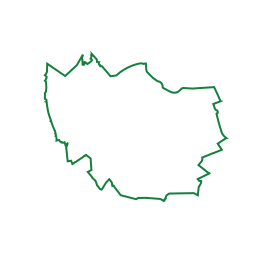 Almelo, Overijssel, Netherlands (orthographic projection), rotated 108°
{"feature_id": "6326949B33573744184458", "entity_name": "Almelo", "entity_type": "district", "adm_level": 2, "iso_a3": "NLD", "parent_name": "Netherlands", "parent_adm1": "Overijssel", "projection": "orthographic", "projection_center": [6.653, 52.345], "detail": "fine", "context": "isolated", "style": "outline", "palette": "green", "viewbox_px": 256, "rotation_deg": 108, "n_neighbors": 0, "source": "geoboundaries", "source_scale": "gbopen_adm2", "svg_char_len": 5258}
<svg xmlns="http://www.w3.org/2000/svg" viewBox="0 0 256 256"><g transform="rotate(108 128 128)"><path d="M91.8,224.7L95.5,223.6L99.7,222.4L102.2,222.8L102.4,222.8L103.4,223.4L104.5,221.2L105.6,220.9L106.1,221.2L107.7,221.1L108.7,221.6L109.4,220.2L115.0,218.1L118.7,217.3L118.9,217.2L120.4,217.8L125.9,216.1L126.5,214.2L127.9,213.7L128.2,213.6L128.5,213.4L128.6,213.6L128.7,213.3L129.5,213.0L129.8,212.8L132.2,211.7L133.6,210.9L135.0,210.2L136.7,209.2L137.2,209.0L137.5,208.8L140.1,207.1L141.0,206.4L144.9,203.4L145.2,203.8L145.3,203.8L145.3,203.2L146.1,202.6L146.3,202.6L147.0,202.0L148.2,201.0L149.1,200.4L150.3,199.4L150.7,199.0L151.8,198.0L152.9,197.2L152.9,196.9L154.2,196.0L155.5,195.2L155.9,195.5L156.3,194.9L157.8,194.0L158.1,194.2L158.3,193.7L158.6,193.5L159.0,193.2L159.7,192.9L160.4,192.6L161.2,192.3L162.1,192.1L160.6,190.0L161.0,189.5L161.5,188.9L161.9,188.3L161.9,186.6L162.3,186.6L162.2,185.5L161.9,184.7L161.2,183.9L163.6,182.2L161.3,180.8L161.4,180.7L162.2,180.6L163.1,180.6L163.9,180.6L164.9,180.7L165.2,180.6L165.6,180.6L165.9,180.6L166.2,180.7L166.3,180.6L166.3,180.4L178.3,175.1L176.7,172.0L179.5,169.7L179.4,169.6L178.7,169.1L177.0,167.8L177.0,167.7L176.9,167.6L172.8,164.4L169.2,161.6L168.7,161.3L168.6,161.2L168.6,161.3L168.4,161.2L168.5,161.1L167.1,160.0L166.6,159.6L166.5,159.4L166.7,159.2L166.8,158.9L168.6,154.1L175.1,151.5L179.3,149.8L182.2,152.7L182.5,152.3L184.8,148.5L185.3,147.7L185.5,147.5L185.7,147.4L185.8,147.1L186.3,146.5L186.5,146.3L187.1,145.2L187.5,144.3L188.1,142.9L188.6,142.3L188.8,142.1L192.2,139.6L192.7,138.8L192.6,138.7L194.7,135.8L194.8,134.1L194.5,133.9L186.7,132.0L182.5,130.0L183.6,128.3L184.9,126.5L185.1,126.4L185.4,126.2L186.1,126.0L187.3,125.3L187.6,125.2L188.0,125.0L188.0,124.9L187.8,124.8L187.7,124.6L187.2,124.0L187.5,123.5L188.2,122.8L194.2,114.2L193.2,98.3L191.4,96.8L188.8,89.0L187.4,83.2L186.2,78.3L185.6,75.7L185.6,75.3L185.7,74.3L185.7,73.7L186.4,71.8L186.4,71.5L186.4,71.4L186.0,71.3L185.4,71.3L185.4,71.0L184.6,71.2L184.4,71.2L183.8,70.4L183.6,70.4L183.5,70.5L183.0,70.4L182.7,70.7L181.6,70.7L180.6,70.6L179.7,70.2L177.9,68.7L177.6,68.5L176.3,64.7L176.0,63.9L174.4,59.2L172.7,54.3L170.0,46.4L169.6,45.2L170.4,40.8L169.9,40.9L168.7,41.2L162.2,42.5L158.5,41.6L158.2,41.6L156.8,41.7L155.9,41.9L155.8,42.0L156.0,42.6L156.2,43.4L156.3,43.8L156.2,44.0L156.0,44.3L155.5,45.2L155.3,45.4L155.0,45.9L154.7,45.6L147.8,38.4L147.7,38.4L146.9,37.5L146.0,36.5L145.8,36.7L145.9,37.1L145.9,37.4L145.9,37.8L145.7,38.1L141.5,49.5L141.2,49.4L137.4,47.9L137.0,47.7L136.3,47.6L135.6,47.5L135.2,47.6L134.8,47.6L134.4,47.7L134.1,47.9L133.1,48.3L132.8,47.8L132.0,46.9L125.3,38.9L125.2,38.5L125.1,38.4L124.8,38.2L119.7,32.0L119.4,32.4L115.2,37.8L115.1,37.7L114.8,37.5L111.8,35.2L108.2,32.2L107.7,31.8L107.3,31.5L107.2,31.3L107.0,31.8L106.7,32.6L106.5,33.2L106.0,34.1L105.6,34.8L105.0,35.7L104.6,36.2L104.1,36.7L103.6,37.2L103.1,37.6L102.5,38.1L101.6,38.7L97.9,41.3L95.1,43.2L87.2,48.2L86.2,47.5L86.0,47.4L85.9,47.5L85.6,47.7L85.3,47.5L84.8,47.7L84.2,48.2L84.0,48.4L83.9,48.6L83.8,48.9L83.7,49.1L83.7,49.5L83.6,49.9L83.6,50.2L83.4,50.6L83.1,51.0L82.8,51.2L82.4,51.6L80.1,53.3L78.8,54.3L78.2,53.5L74.5,48.9L73.9,48.2L73.9,48.3L68.3,53.3L62.5,58.7L70.6,79.0L70.8,79.8L72.7,87.2L72.9,87.9L73.2,88.3L73.4,88.6L73.7,88.9L74.0,89.2L75.3,89.9L78.2,91.6L78.9,92.4L78.8,92.5L79.3,93.2L79.5,93.5L79.7,93.9L80.1,94.7L80.2,95.2L80.4,96.1L80.5,96.4L80.5,96.9L80.5,97.4L80.5,97.8L80.5,98.4L80.2,100.4L79.1,106.9L78.6,107.6L77.5,108.0L77.0,108.2L76.6,108.5L75.9,109.1L75.6,109.4L75.3,109.7L74.8,110.4L74.6,111.0L74.4,111.4L74.4,111.5L74.3,112.4L74.2,112.8L74.2,113.1L74.3,113.5L74.3,114.0L74.4,114.4L74.3,114.6L74.1,115.2L73.2,118.0L73.0,118.8L72.9,118.8L72.6,119.9L72.3,120.5L68.7,127.4L68.3,127.7L67.9,128.0L67.4,128.3L66.9,128.6L64.9,129.4L62.3,130.4L61.2,130.9L61.8,132.2L61.7,132.2L61.9,132.7L62.2,133.5L62.3,133.8L62.3,134.0L62.3,134.9L62.4,135.4L62.7,136.1L63.1,136.9L63.3,137.3L63.8,138.2L65.6,140.9L67.3,143.2L68.8,144.9L69.5,145.7L70.9,147.2L72.3,148.5L73.7,149.8L75.5,151.2L76.7,152.2L78.0,153.1L79.7,154.1L80.7,154.8L81.6,155.3L84.2,160.6L79.8,167.8L77.3,171.8L77.3,172.0L77.6,172.6L77.8,173.1L77.5,174.0L77.3,174.2L77.2,174.3L76.8,174.4L76.7,174.4L76.7,174.5L76.4,175.0L76.3,175.3L76.1,175.4L76.0,175.5L75.5,175.6L75.3,175.7L74.9,176.0L74.7,176.1L74.4,176.0L74.6,177.4L74.7,177.9L72.6,178.8L71.6,180.3L68.8,185.3L69.0,185.2L69.1,185.3L69.4,185.6L69.6,185.6L70.4,185.4L71.0,184.8L72.2,184.8L72.3,184.9L72.8,184.9L73.6,185.0L73.6,184.6L73.7,184.3L73.9,184.0L74.3,183.5L74.5,183.3L75.0,183.3L75.7,183.5L75.8,183.6L76.0,183.7L76.0,183.8L78.1,185.1L78.8,185.6L79.2,186.0L79.3,186.2L79.2,186.3L79.3,186.4L79.3,186.5L79.2,186.5L79.3,186.7L79.6,186.7L79.5,187.2L79.5,187.3L79.2,187.9L79.2,188.0L78.6,188.7L78.8,189.2L78.7,189.7L78.7,189.8L78.8,189.9L79.9,189.3L80.1,189.7L80.3,189.5L80.7,189.4L81.0,189.4L81.4,189.5L81.6,189.6L81.7,190.0L81.7,190.4L81.8,190.8L81.7,190.9L81.5,191.0L80.3,191.3L80.3,191.2L80.2,191.1L80.1,190.9L80.1,190.7L79.7,190.8L79.6,190.7L79.0,191.7L78.9,191.9L78.0,192.2L77.0,192.5L76.9,192.7L76.7,192.9L76.5,193.1L75.9,193.5L75.6,193.6L74.9,193.4L74.4,193.4L73.7,193.4L72.9,193.4L72.2,193.6L83.9,196.0L98.0,203.8L95.5,212.2L94.7,215.0L91.8,224.7Z" fill="none" stroke="#15803d" stroke-width="2"/></g></svg>